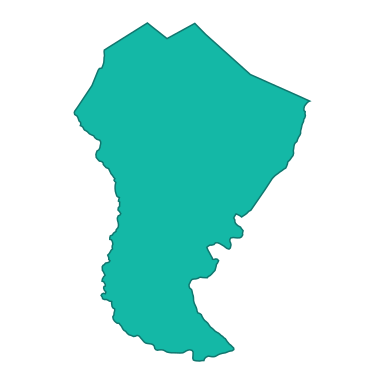 the district of Maracás, Bahia, Brazil
{"feature_id": "56859067B13324935934873", "entity_name": "Maracás", "entity_type": "district", "adm_level": 2, "iso_a3": "BRA", "parent_name": "Brazil", "parent_adm1": "Bahia", "projection": "albers", "projection_center": [-40.57, -13.536], "detail": "fine", "context": "isolated", "style": "filled", "palette": "teal", "viewbox_px": 384, "rotation_deg": 0, "n_neighbors": 0, "source": "geoboundaries", "source_scale": "gbopen_adm2", "svg_char_len": 4999}
<svg xmlns="http://www.w3.org/2000/svg" viewBox="0 0 384 384"><path d="M133.6,336.5L135.4,336.2L137.0,335.4L138.7,335.8L139.8,336.8L140.7,338.0L141.9,339.3L143.2,340.9L144.3,342.1L145.6,343.0L147.0,343.4L149.1,343.7L151.4,344.0L152.8,344.6L154.2,346.0L154.8,348.4L155.7,349.6L157.3,350.2L159.3,349.9L161.3,349.8L163.4,350.1L164.7,350.8L166.9,352.0L169.1,352.5L171.4,352.8L174.2,352.8L177.6,352.9L180.1,353.0L182.9,352.8L184.8,351.8L186.2,350.9L187.9,350.2L189.8,349.8L192.0,350.4L193.1,352.0L193.0,355.5L192.8,358.2L193.4,360.0L194.9,360.6L196.4,360.8L199.6,361.0L201.9,360.6L203.9,360.6L204.6,358.6L206.0,357.2L208.3,356.1L210.0,356.4L211.9,356.7L214.0,356.7L215.5,356.3L218.3,354.7L219.6,354.1L222.4,353.3L225.4,352.8L227.2,352.1L228.6,351.5L230.0,351.1L232.1,350.8L233.8,349.6L233.7,348.1L232.0,346.4L230.6,345.0L229.4,344.2L228.3,342.8L227.2,341.6L226.4,340.3L225.3,338.7L223.9,337.8L222.7,336.5L220.8,335.2L219.6,334.0L218.3,333.0L216.7,332.2L214.9,331.0L213.4,329.4L212.0,328.2L210.4,327.0L209.2,325.3L207.8,323.2L206.1,321.6L204.9,320.7L203.6,319.2L202.8,317.8L202.1,316.6L201.3,314.7L199.7,313.5L198.0,313.0L197.1,311.3L196.8,309.5L196.4,308.0L195.4,305.7L194.3,303.4L193.6,300.8L193.5,298.5L193.4,296.9L193.1,295.4L192.6,294.1L192.2,291.9L191.7,289.9L190.8,288.9L189.7,288.1L189.1,286.4L189.0,284.6L189.9,282.9L190.7,281.0L192.1,279.4L193.9,279.0L195.8,278.9L198.0,278.3L199.3,277.5L200.6,277.2L202.2,277.5L203.8,277.6L205.9,277.7L207.4,277.7L208.2,276.5L210.0,275.6L211.6,274.1L213.4,272.1L215.0,270.4L215.6,268.2L216.2,266.0L216.4,264.5L217.5,263.0L218.6,260.7L217.4,259.3L215.9,258.9L214.0,259.4L212.5,259.2L212.1,257.6L211.3,256.3L210.3,254.4L209.2,252.3L208.3,250.8L207.4,248.8L206.8,247.3L208.5,245.9L209.9,245.1L211.8,245.1L214.0,244.5L215.5,242.8L217.9,242.8L220.0,243.7L222.1,245.0L223.8,246.0L225.4,247.3L226.9,248.4L229.0,249.1L230.3,248.0L231.0,244.9L230.6,243.0L229.9,241.4L229.8,239.6L230.8,237.9L233.3,237.5L235.9,237.8L237.6,237.9L239.9,237.8L241.5,236.9L242.7,234.9L242.5,233.2L243.1,230.7L241.4,228.6L240.5,227.1L237.9,225.7L236.6,224.5L235.6,223.4L234.9,221.9L234.8,219.8L233.7,218.0L234.9,215.7L236.1,213.9L238.4,214.9L239.9,215.7L241.6,217.0L243.5,215.7L245.2,214.6L246.8,213.4L247.8,212.3L249.1,211.1L250.8,210.3L264.9,189.8L272.2,178.6L273.6,177.1L275.1,175.6L276.7,174.4L278.1,173.4L279.7,172.1L281.8,170.7L284.2,168.9L285.7,168.1L286.5,166.5L287.4,164.1L287.8,161.9L289.6,160.2L290.8,158.6L291.6,157.4L293.0,155.6L293.6,153.2L293.3,150.7L293.7,148.4L294.0,146.0L294.4,144.4L295.2,143.0L296.9,141.5L297.7,139.0L298.7,136.9L299.9,135.1L300.6,133.4L300.6,130.9L301.3,128.4L301.6,127.0L301.9,125.4L302.5,123.7L303.5,121.6L303.8,119.3L304.8,117.8L305.4,115.6L305.0,113.7L305.2,111.6L304.0,110.6L303.9,108.5L304.5,106.1L306.0,104.1L307.2,102.7L308.5,101.6L309.7,101.1L302.3,97.7L268.2,82.5L250.3,74.5L230.6,56.8L221.9,49.0L205.6,34.4L200.0,28.7L194.8,23.4L167.0,38.6L151.7,26.5L149.5,24.7L147.4,23.0L108.8,47.2L104.3,50.1L104.1,51.7L104.3,53.9L104.5,55.9L104.1,57.5L104.0,60.1L103.8,62.5L103.4,63.9L102.9,65.4L101.8,68.1L99.4,68.5L98.2,70.2L96.7,73.9L92.0,85.5L77.7,107.0L74.7,111.2L74.3,112.6L74.7,114.5L76.9,115.9L77.8,117.3L78.4,119.0L79.1,121.0L80.5,122.3L80.8,124.0L80.3,125.6L81.6,126.1L83.0,127.3L83.7,128.9L84.5,130.0L85.9,130.7L87.4,131.7L89.4,133.8L91.6,134.9L93.7,135.8L94.8,137.6L96.7,139.2L98.1,139.7L99.8,140.2L100.7,142.0L100.7,143.7L100.3,145.3L99.9,147.7L98.9,149.8L97.0,151.0L96.3,153.0L95.9,154.6L96.1,156.0L96.2,157.4L97.4,158.9L98.4,160.1L99.4,161.1L100.8,161.3L102.2,161.9L103.2,163.0L103.3,164.5L104.6,166.0L106.1,167.6L108.6,168.6L109.6,170.7L110.3,172.1L111.0,173.7L112.6,175.6L113.6,177.2L114.9,178.7L114.0,180.1L114.7,181.3L115.8,182.3L115.5,183.8L115.2,185.2L115.1,186.9L115.1,188.8L115.4,191.5L116.0,193.6L116.8,196.0L117.8,196.9L119.4,197.6L118.9,199.0L118.4,201.1L119.7,202.0L119.6,204.1L119.6,206.3L118.3,207.7L118.0,210.0L119.6,211.7L120.8,213.7L119.8,215.2L118.3,215.8L117.3,218.1L117.5,220.2L118.2,222.6L118.5,224.9L118.2,227.3L117.0,228.8L116.1,230.0L116.0,231.5L114.6,232.3L113.4,233.3L112.4,235.0L110.3,235.9L109.8,237.7L109.8,239.4L111.5,239.8L112.4,241.7L112.9,244.2L112.3,245.5L112.1,247.0L112.5,249.0L111.2,250.1L110.1,252.1L109.2,253.6L107.7,255.1L108.8,257.8L108.7,259.4L110.0,260.8L108.8,262.3L106.9,262.8L105.5,263.1L104.3,264.6L103.0,265.4L102.2,266.8L102.3,268.5L102.4,270.4L103.3,271.5L104.1,273.3L105.1,275.3L103.7,276.7L102.4,279.0L102.0,281.2L103.7,281.7L104.6,283.3L105.3,284.5L105.3,286.1L104.0,286.5L103.6,288.0L104.3,290.1L105.9,292.0L105.4,293.7L103.5,293.3L102.1,293.9L101.1,295.4L102.3,297.2L102.6,298.7L104.3,299.5L106.4,299.5L108.0,300.2L109.4,301.1L111.7,301.5L111.6,303.3L111.8,304.7L112.1,306.6L113.2,308.2L114.6,308.8L114.7,310.6L114.1,312.8L113.9,315.0L112.8,316.8L113.3,319.2L114.4,320.9L115.5,322.0L117.1,323.2L119.0,323.3L120.5,325.2L121.6,326.5L122.2,327.8L123.0,329.2L123.9,330.3L125.7,331.4L127.4,333.5L129.0,334.8L131.1,335.4L133.6,336.5Z" fill="#14b8a6" stroke="#0f766e" stroke-width="1.5"/></svg>